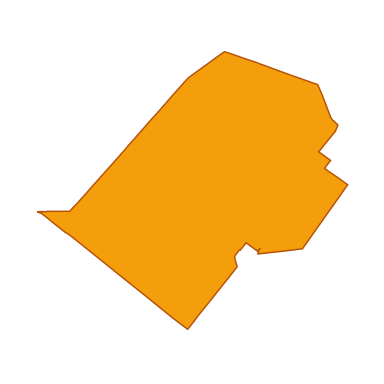 Pesac, Timis, Romania (Mercator projection), rotated 264°
{"feature_id": "2599482B87731626232566", "entity_name": "Pesac", "entity_type": "district", "adm_level": 2, "iso_a3": "ROU", "parent_name": "Romania", "parent_adm1": "Timis", "projection": "mercator", "projection_center": [20.847, 45.978], "detail": "fine", "context": "isolated", "style": "filled", "palette": "amber", "viewbox_px": 384, "rotation_deg": 264, "n_neighbors": 0, "source": "geoboundaries", "source_scale": "gbopen_adm2", "svg_char_len": 2789}
<svg xmlns="http://www.w3.org/2000/svg" viewBox="0 0 384 384"><g transform="rotate(264 192 192)"><path d="M182.9,347.6L184.6,345.7L190.8,338.8L198.9,329.3L199.9,328.3L201.7,326.3L205.6,329.9L208.9,333.1L210.3,331.6L212.7,328.9L214.7,326.8L217.3,323.7L218.7,322.2L220.3,323.9L225.4,328.8L229.6,333.0L234.1,337.6L236.7,340.3L237.4,340.9L241.1,343.0L243.4,344.1L244.2,343.4L245.5,342.4L248.9,339.3L249.4,339.0L250.2,338.5L251.7,337.8L252.4,337.6L253.6,337.3L254.9,336.9L258.0,336.1L263.2,334.7L268.6,333.3L271.5,332.5L276.5,331.1L280.7,329.8L285.1,328.4L285.6,328.3L285.8,328.1L285.9,327.8L288.0,323.2L290.0,319.2L291.4,316.1L295.3,307.9L296.8,304.7L299.3,299.6L301.9,294.2L306.1,285.6L307.2,283.4L310.1,277.6L312.3,272.9L313.2,271.3L313.6,270.5L314.6,268.4L318.6,259.6L322.0,252.4L324.0,248.2L327.2,241.2L328.1,238.9L325.9,234.9L322.7,229.3L318.2,221.5L313.6,213.6L311.7,210.2L310.0,207.3L306.5,201.2L305.3,199.6L302.3,196.2L301.3,195.1L296.4,189.7L290.9,183.6L283.9,176.1L279.6,171.5L274.0,165.4L269.3,160.1L265.1,155.5L259.2,149.2L244.1,132.7L243.8,132.5L243.7,132.3L242.5,131.1L241.0,129.6L239.4,127.8L238.6,126.9L237.0,125.2L235.4,123.5L234.1,122.1L233.8,121.8L232.7,120.5L229.8,117.3L228.4,115.8L226.9,114.1L225.4,112.5L223.9,110.8L222.5,109.3L217.3,103.5L216.9,103.1L215.3,101.4L213.8,99.7L212.2,98.0L210.8,96.4L209.4,94.8L207.9,93.1L207.6,92.9L207.4,92.7L206.5,91.7L199.8,84.5L197.2,81.5L196.4,80.6L195.9,80.1L194.4,78.4L194.2,78.3L192.3,76.2L191.5,75.2L190.0,73.4L189.0,72.2L187.1,70.0L185.6,68.3L185.8,66.5L186.0,64.4L186.2,62.5L186.4,60.4L186.6,58.4L186.8,56.3L187.0,54.5L187.2,52.3L187.3,52.1L187.3,51.8L187.4,51.3L187.5,50.2L187.6,48.8L187.6,48.6L187.9,46.4L187.7,46.1L187.9,42.9L188.1,40.5L188.4,39.9L188.3,39.2L188.4,38.1L188.5,36.5L188.1,36.4L187.3,38.2L186.8,39.3L186.3,40.2L184.1,42.5L174.3,52.3L167.2,59.6L165.0,61.8L163.1,64.6L162.1,65.6L156.5,71.4L130.9,97.2L119.2,108.9L112.3,115.9L108.1,120.1L106.2,122.1L103.9,124.4L99.1,129.3L96.1,132.3L85.0,143.4L79.1,149.3L68.5,159.9L60.3,168.6L55.9,173.4L60.1,177.5L63.9,181.2L65.1,182.2L70.1,186.9L73.7,190.5L78.7,195.6L81.8,198.6L90.2,206.9L97.1,213.7L103.4,219.9L106.0,222.4L112.9,229.1L115.7,228.6L121.0,227.7L121.7,227.6L122.3,227.7L122.9,227.7L123.4,227.9L123.6,228.0L124.0,228.1L124.6,228.5L125.6,229.4L126.5,230.3L129.2,232.9L129.1,233.9L132.2,237.0L135.8,240.7L132.0,244.7L129.6,247.3L126.4,250.9L129.2,254.1L128.5,253.5L127.5,252.7L125.9,251.9L124.5,251.3L123.5,251.1L123.5,255.2L123.6,263.7L123.6,273.3L123.7,282.6L123.9,291.6L123.9,295.9L125.1,296.9L127.1,298.6L131.4,302.5L135.8,306.3L140.7,310.6L143.6,313.1L149.6,318.4L152.0,320.5L156.0,324.0L159.4,326.9L164.4,331.4L167.4,334.0L170.3,336.6L173.4,339.3L174.6,340.3L179.3,344.4L181.9,346.7L182.9,347.6Z" fill="#f59e0b" stroke="#b45309" stroke-width="1.5"/></g></svg>